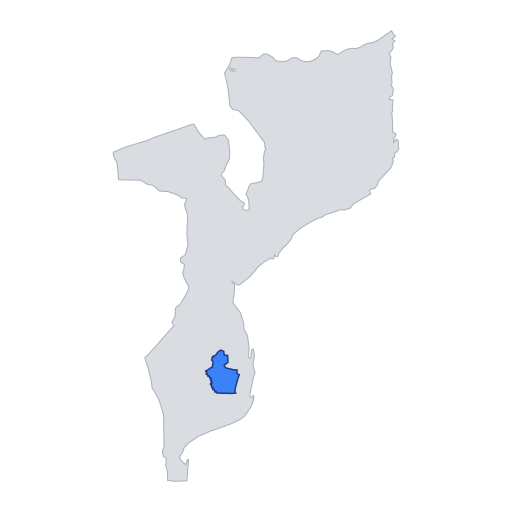 Funhalouro, Inhambane, Mozambique shown in context
{"feature_id": "85939544B45831091528789", "entity_name": "Funhalouro", "entity_type": "district", "adm_level": 2, "iso_a3": "MOZ", "parent_name": "Mozambique", "parent_adm1": "Inhambane", "projection": "orthographic", "projection_center": [33.954, -22.935], "detail": "fine", "context": "in_parent", "style": "filled", "palette": "blue", "viewbox_px": 512, "rotation_deg": 0, "n_neighbors": 0, "source": "geoboundaries", "source_scale": "gbopen_adm2", "svg_char_len": 6851}
<svg xmlns="http://www.w3.org/2000/svg" viewBox="0 0 512 512"><path d="M144.8,357.5L148.4,354.5L172.4,327.3L173.9,326.2L171.9,321.8L175.0,316.6L175.4,308.5L176.3,307.2L180.0,304.4L185.1,296.1L188.3,289.6L188.7,286.5L184.0,277.7L182.6,273.0L183.9,268.9L184.4,265.1L183.8,263.8L180.9,262.3L180.4,260.6L180.4,258.6L181.0,257.4L184.5,255.6L185.3,254.6L188.1,244.4L187.0,236.7L187.0,227.9L187.6,218.7L187.3,213.6L185.0,207.7L184.7,203.4L186.4,200.4L186.6,198.6L181.1,197.7L178.3,195.3L167.8,191.5L159.6,191.1L152.8,185.2L147.5,184.4L140.7,180.2L119.3,179.8L118.5,179.4L117.5,166.3L116.7,162.0L114.0,157.5L113.2,154.3L113.3,152.2L125.1,147.2L148.3,140.1L153.4,137.7L193.1,124.0L194.3,124.8L198.2,131.6L204.9,139.3L206.5,138.2L216.1,137.0L217.5,136.0L220.4,135.3L223.7,134.9L224.9,135.3L228.4,140.1L229.6,149.1L229.7,155.1L229.3,159.4L226.4,164.4L224.3,170.7L221.3,174.1L221.4,175.7L224.8,179.5L225.5,181.1L225.3,184.4L225.9,185.7L228.8,187.7L231.1,190.8L239.6,200.0L241.8,201.6L243.5,202.0L244.4,203.8L243.9,205.9L242.5,207.1L243.1,208.8L244.7,210.2L248.6,210.0L249.1,209.4L248.9,201.4L247.6,196.7L245.9,194.5L249.3,185.8L251.1,183.5L257.5,182.6L260.5,181.8L261.7,180.7L262.7,178.0L263.6,170.3L263.9,163.1L263.3,158.8L264.3,152.5L265.7,148.5L265.0,147.8L264.5,142.4L248.5,120.9L239.3,111.4L237.8,110.4L232.7,109.5L230.0,106.0L227.9,87.0L224.5,73.2L229.9,64.2L231.6,58.3L232.8,57.5L237.3,57.2L253.5,57.5L257.5,58.1L259.3,57.5L263.5,54.0L267.0,54.1L271.6,56.5L274.1,58.5L274.6,60.1L277.7,61.2L283.5,61.5L287.7,60.7L290.4,58.8L293.2,57.8L296.1,57.7L298.2,58.4L299.7,60.0L302.6,61.1L306.8,61.9L311.4,61.0L316.4,58.5L319.3,55.9L320.9,51.4L321.8,50.9L328.8,50.6L332.6,51.6L337.4,54.6L345.7,49.8L351.0,48.3L356.0,48.5L360.1,47.4L363.3,45.1L366.8,43.7L373.7,42.2L378.4,39.9L391.6,30.7L392.9,33.6L395.5,36.3L392.0,38.9L395.0,40.9L392.7,43.5L392.4,45.3L393.4,47.2L391.9,50.2L389.9,52.5L389.4,54.3L391.0,57.6L390.0,63.2L392.4,72.8L391.6,75.9L392.0,83.4L390.9,86.1L392.5,87.1L393.3,90.2L392.5,95.3L389.6,97.4L389.2,99.5L392.8,99.7L392.6,106.3L392.1,108.2L392.9,110.4L391.8,112.8L392.7,123.4L392.6,131.0L392.8,132.3L395.8,133.7L395.7,135.8L393.6,138.5L393.7,142.6L395.9,139.4L397.2,139.5L398.3,140.8L398.3,145.4L398.8,147.8L398.5,149.8L394.8,153.4L394.5,157.1L393.1,157.5L392.4,158.4L393.3,160.6L393.2,162.5L390.5,168.2L378.1,181.7L377.8,184.1L374.6,188.4L371.3,189.0L369.4,190.1L370.7,194.0L354.4,203.3L352.8,204.6L350.1,208.2L344.7,209.9L339.0,209.9L338.0,210.7L325.0,214.9L322.4,217.0L316.8,218.8L308.0,223.5L300.8,228.0L292.6,234.9L291.5,238.6L287.6,243.5L281.8,249.3L278.4,254.1L278.1,256.2L276.1,256.8L274.4,254.8L273.7,258.7L272.3,258.9L270.8,258.1L263.6,262.2L258.2,266.9L250.6,276.0L239.6,284.8L237.0,285.0L233.6,281.9L231.7,281.6L234.5,285.0L234.3,292.5L232.9,301.2L233.1,303.1L240.3,312.4L243.7,323.3L244.0,328.9L247.5,336.0L249.0,346.8L248.6,356.8L250.3,358.5L251.0,357.0L251.3,350.8L252.3,349.0L253.2,349.3L254.1,352.8L254.4,356.3L253.0,364.2L253.4,367.4L255.1,372.7L253.0,378.9L249.6,395.9L250.3,397.0L251.9,397.4L252.5,395.6L253.5,395.6L254.0,396.7L252.6,403.4L251.2,406.3L246.5,413.5L244.0,416.6L239.8,419.6L230.0,424.3L210.5,431.1L198.2,436.5L188.5,443.0L184.3,447.3L182.6,452.2L179.3,457.4L182.2,461.6L185.9,464.7L187.5,459.6L188.5,459.5L186.9,480.8L173.7,481.3L169.9,480.5L167.7,480.7L167.4,471.9L165.7,465.2L166.3,460.5L166.1,457.9L163.2,456.3L162.4,451.1L164.0,447.2L163.6,414.5L158.6,398.8L151.9,387.4L151.5,381.8L148.4,369.2L144.8,357.5ZM233.4,72.0L235.1,71.2L235.4,69.6L234.2,68.8L233.3,69.0L232.8,71.5L233.4,72.0ZM232.2,69.1L230.9,67.9L229.8,68.2L229.5,69.2L230.6,70.5L231.7,70.6L232.2,69.1Z" fill="#d9dde1" stroke="#a8b0b8" stroke-width="1"/><path d="M213.1,389.8L213.4,389.7L213.6,389.6L214.1,389.6L214.3,389.7L214.3,389.8L214.5,390.1L214.5,390.4L214.6,390.5L215.1,392.0L215.2,391.9L215.3,391.7L215.5,391.7L215.8,391.5L216.0,391.4L216.1,391.5L216.4,392.0L216.5,392.2L216.5,392.3L216.8,392.6L216.8,392.9L216.9,393.0L222.6,393.3L226.9,393.2L229.3,393.5L235.7,393.1L234.9,390.7L235.4,387.7L235.6,387.3L235.6,387.2L235.6,386.9L235.6,386.7L238.0,378.3L239.3,374.8L236.8,373.4L237.1,370.0L234.8,369.8L234.1,369.9L226.8,368.1L226.6,368.2L226.2,368.2L225.9,367.8L225.2,367.2L225.1,366.8L225.0,366.7L224.9,366.6L224.7,366.5L224.5,366.4L224.5,366.0L224.5,365.9L224.5,365.7L224.5,365.3L224.5,365.2L224.3,364.9L224.3,364.6L226.2,363.8L228.0,362.2L227.6,355.4L224.3,355.2L223.7,351.4L223.4,351.3L223.2,351.3L223.0,351.2L222.9,351.0L222.6,351.0L222.4,350.8L222.2,350.7L220.8,350.0L220.7,350.0L217.8,352.2L217.6,352.4L215.7,355.2L214.4,355.8L214.1,355.8L213.9,355.9L213.6,356.1L213.3,356.1L213.1,356.2L213.0,356.3L212.9,356.4L212.9,356.5L213.0,356.8L213.2,357.0L212.7,357.0L212.4,357.0L212.3,357.3L211.6,360.0L213.2,361.7L212.2,367.4L211.1,367.6L207.6,370.0L207.3,370.2L207.2,370.2L207.0,370.4L206.9,370.5L206.7,370.6L206.4,370.7L206.1,370.8L205.6,370.9L205.6,371.0L205.9,371.3L206.0,371.4L206.1,371.7L206.3,372.0L206.5,372.1L206.4,372.3L206.4,372.5L206.5,372.5L206.6,372.8L206.6,373.0L206.8,373.1L206.8,373.3L206.9,373.5L206.7,373.6L206.8,373.8L206.7,373.9L206.8,373.9L206.7,374.1L206.8,374.3L207.0,374.3L207.3,374.5L207.5,374.7L207.4,374.8L207.5,374.9L207.5,375.0L207.8,375.2L207.9,375.3L207.9,375.5L208.0,375.6L207.9,375.8L208.0,375.9L208.0,376.0L208.2,375.9L208.3,375.9L208.5,375.8L208.8,375.8L208.9,376.0L209.0,376.1L209.0,376.3L208.9,376.4L208.8,376.5L209.0,376.7L209.3,376.8L209.5,376.8L209.6,377.0L209.6,377.3L209.7,377.5L209.8,377.6L210.1,377.7L210.3,377.8L210.4,378.0L210.2,378.2L210.2,378.3L210.1,378.5L210.3,378.6L210.5,378.7L210.8,378.6L210.7,378.8L210.8,379.0L210.7,379.1L210.8,379.2L210.8,379.3L210.7,379.3L210.7,379.5L210.8,379.5L210.7,379.7L210.8,379.7L210.8,379.8L210.7,379.9L210.7,380.0L210.8,380.3L211.1,380.3L211.1,380.5L211.3,380.6L211.3,380.8L211.5,380.9L211.5,381.0L211.4,381.2L211.4,381.3L211.3,381.5L211.2,381.7L211.2,381.8L211.3,381.9L211.4,382.0L211.3,382.3L211.5,382.4L211.4,382.4L211.4,382.5L211.5,382.6L211.8,382.6L212.0,382.6L212.1,382.8L212.1,383.0L211.9,383.1L211.7,383.1L211.4,383.0L211.3,383.3L211.5,383.3L211.4,383.4L211.4,383.5L211.2,383.6L211.0,383.4L210.9,383.3L210.7,383.4L210.6,383.5L210.7,383.8L210.8,383.8L210.7,383.9L210.8,384.0L210.7,384.1L210.7,384.3L210.6,384.5L210.9,384.6L211.0,384.6L211.3,384.7L211.3,384.8L211.2,384.9L211.2,385.0L211.2,385.4L211.2,385.5L211.3,385.7L211.4,385.8L211.5,385.8L211.6,385.7L211.7,385.8L211.7,386.0L211.8,386.1L211.8,386.3L211.7,386.5L211.8,386.7L211.8,386.8L211.8,387.0L212.0,387.1L212.2,386.9L212.3,386.9L212.4,387.0L212.5,387.0L212.5,386.9L212.7,387.0L212.8,387.4L212.7,387.5L212.8,387.7L212.9,387.8L212.9,388.0L213.0,388.1L213.0,388.3L212.9,388.3L213.0,388.4L212.9,388.4L213.0,388.5L213.3,388.7L213.4,388.8L213.3,389.0L213.2,389.0L213.3,389.1L213.2,389.1L213.0,389.3L212.9,389.3L212.8,389.5L213.0,389.8L213.1,389.8Z" fill="#3b82f6" stroke="#1e3a8a" stroke-width="1.5"/></svg>